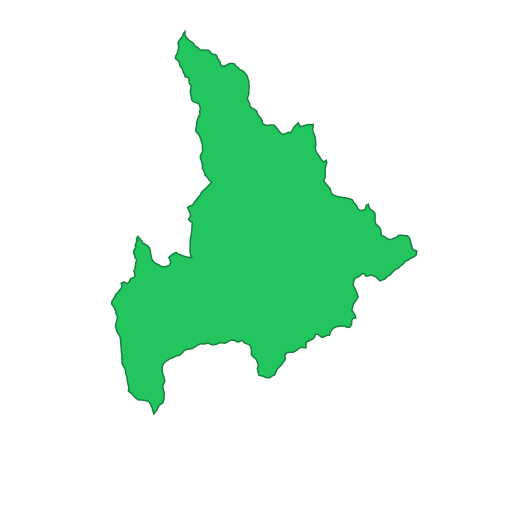 Santo Antônio do Monte, Minas Gerais, Brazil, rotated 21°
{"feature_id": "56859067B70923640932265", "entity_name": "Santo Antônio do Monte", "entity_type": "district", "adm_level": 2, "iso_a3": "BRA", "parent_name": "Brazil", "parent_adm1": "Minas Gerais", "projection": "natural_earth1", "projection_center": [-45.306, -20.094], "detail": "fine", "context": "isolated", "style": "filled", "palette": "green", "viewbox_px": 512, "rotation_deg": 21, "n_neighbors": 0, "source": "geoboundaries", "source_scale": "gbopen_adm2", "svg_char_len": 6124}
<svg xmlns="http://www.w3.org/2000/svg" viewBox="0 0 512 512"><g transform="rotate(21 256 256)"><path d="M262.2,112.6L260.4,113.8L258.4,114.2L256.0,115.7L253.3,117.9L250.7,119.3L247.8,116.5L246.5,119.1L245.4,121.3L245.0,123.8L244.8,126.0L244.1,128.7L241.9,128.8L240.0,131.1L237.3,132.9L234.5,132.2L232.1,130.7L228.6,128.7L226.0,127.3L223.2,128.2L220.2,129.9L217.1,130.5L214.4,129.8L213.1,127.2L211.2,125.7L208.5,124.3L206.0,122.6L204.7,120.5L200.7,119.4L198.4,119.3L196.7,118.2L195.3,115.8L193.3,114.1L191.2,111.6L191.4,108.7L190.9,106.3L190.1,104.3L189.3,102.1L188.7,99.6L187.4,97.6L186.7,95.4L185.1,93.8L183.7,91.6L181.0,89.6L178.7,88.5L176.6,87.8L173.8,87.7L171.8,86.6L169.4,86.0L167.0,84.4L164.2,84.8L161.4,86.6L159.9,88.7L157.3,91.0L154.4,90.1L153.0,87.7L150.4,86.0L148.4,84.3L146.9,82.7L145.0,82.6L142.8,83.3L140.6,82.2L138.0,81.0L134.4,81.9L131.9,83.4L129.8,83.5L127.1,82.3L123.2,81.5L121.2,79.8L118.2,79.1L115.4,78.3L113.2,77.0L110.7,75.5L109.2,72.0L108.4,74.9L108.9,77.2L107.9,79.5L107.1,82.2L106.7,84.9L108.2,86.9L109.3,89.8L109.6,92.7L109.8,95.3L109.4,98.1L110.0,100.6L112.9,101.3L115.1,102.9L116.8,105.6L119.4,107.3L121.0,108.5L122.2,110.5L124.3,112.2L125.6,114.0L127.6,113.7L129.6,113.9L130.6,116.3L132.2,119.1L134.5,120.2L135.2,123.7L136.0,126.8L137.6,129.1L138.8,130.9L139.9,133.2L142.4,134.5L144.8,134.3L147.9,134.3L150.1,136.5L151.5,138.8L151.4,141.2L152.8,143.1L152.7,145.4L152.4,148.1L152.6,151.8L153.6,154.6L154.1,157.4L154.9,160.8L157.2,162.2L160.2,164.0L162.4,166.5L164.0,168.5L165.7,170.8L168.0,175.6L168.7,178.2L168.3,180.7L168.3,183.4L170.2,185.9L172.4,188.7L173.8,191.0L174.5,193.3L176.6,195.1L178.5,196.9L179.5,198.9L181.5,199.4L185.3,202.0L188.1,203.1L186.9,206.2L185.3,209.8L182.3,216.1L182.2,219.2L181.3,221.3L180.6,223.7L179.4,227.2L178.5,231.3L176.1,233.2L174.8,235.2L177.1,237.6L179.0,239.2L180.6,242.6L179.9,245.9L181.8,247.0L184.5,247.6L185.3,250.2L186.4,253.6L187.3,256.8L188.1,260.0L188.6,263.7L189.4,266.2L190.4,268.7L191.4,271.8L193.2,276.3L194.9,278.9L196.6,280.5L193.7,281.4L191.0,281.9L187.5,282.0L184.8,282.0L182.7,282.1L180.2,281.2L178.5,283.0L176.6,285.7L175.1,288.6L176.9,290.3L178.7,292.7L178.4,296.1L176.0,297.8L174.2,299.0L171.9,299.8L168.7,299.1L166.0,298.9L163.8,298.7L161.7,297.6L159.6,296.0L158.2,293.6L156.8,291.6L155.5,289.1L153.4,286.4L150.5,285.2L148.0,284.7L145.8,284.6L143.6,282.7L141.0,281.4L138.7,280.0L138.1,282.6L139.5,284.7L139.4,287.3L139.6,289.9L141.0,291.3L140.1,293.8L140.3,296.6L142.2,298.6L143.7,300.7L145.9,302.4L146.3,306.0L147.2,309.2L147.6,311.6L147.3,313.8L149.1,315.8L150.4,318.5L149.2,320.4L147.0,322.1L147.1,325.3L145.3,328.3L142.2,327.4L139.9,329.8L141.7,332.2L141.7,334.7L140.7,336.9L140.0,339.9L138.8,342.2L138.7,344.7L138.3,347.5L137.7,350.8L138.9,353.1L140.7,354.1L143.2,355.9L145.0,358.0L146.0,360.2L148.1,361.6L149.0,364.9L149.4,368.8L149.9,371.8L151.5,373.8L152.9,376.0L154.6,377.5L156.9,378.9L158.9,381.4L160.3,384.3L161.7,387.4L163.5,390.9L164.5,393.4L165.8,395.6L166.9,398.7L168.4,401.0L169.1,403.6L170.4,405.2L172.5,406.9L175.0,409.3L176.5,412.2L178.9,415.3L181.0,419.3L182.7,421.9L184.6,424.5L185.2,427.6L187.4,428.5L189.3,429.0L191.4,430.1L193.6,431.3L197.7,432.5L200.1,431.6L204.8,430.5L207.8,430.4L210.1,431.6L211.5,433.1L213.2,434.7L215.1,437.3L217.2,440.0L218.2,436.8L218.8,433.4L219.2,429.9L220.5,428.1L221.6,426.3L221.4,422.6L220.4,419.5L219.4,416.6L217.1,413.6L215.4,410.5L215.8,407.7L215.6,405.2L214.2,403.2L212.9,401.3L211.1,399.4L209.7,396.7L208.2,393.6L208.1,389.5L209.8,386.4L212.7,382.5L214.8,380.8L216.3,379.1L217.6,377.4L219.9,376.4L221.3,374.1L222.2,372.1L223.0,369.8L224.6,368.2L226.5,367.2L228.4,366.0L230.0,364.9L231.8,362.3L234.2,359.3L236.4,357.4L238.9,356.9L240.8,355.6L242.4,354.3L245.0,354.7L247.0,354.6L249.0,353.6L250.7,352.4L253.0,350.2L255.9,349.1L258.1,348.6L260.7,346.1L262.3,343.7L264.2,343.0L266.2,342.3L268.5,343.0L270.8,342.4L272.4,340.3L274.3,339.9L275.9,341.2L278.6,341.2L282.0,341.3L284.2,343.4L285.3,345.3L286.2,347.5L287.0,349.7L288.8,350.7L291.4,351.7L293.3,352.5L294.9,354.3L297.4,357.0L297.7,360.7L299.7,363.6L301.2,366.1L303.7,366.0L305.6,365.7L308.2,365.9L310.4,365.5L312.6,364.6L314.1,362.1L316.0,360.3L316.2,354.0L317.8,350.7L318.9,348.0L319.2,345.7L320.2,343.6L320.2,341.3L318.5,338.7L319.3,335.5L322.1,333.7L325.2,332.5L327.0,330.8L328.1,328.6L329.2,326.8L330.7,325.2L332.7,324.6L335.5,323.9L334.4,320.6L334.0,318.0L335.8,316.6L337.0,314.8L338.9,313.1L339.8,310.5L339.5,307.8L342.2,306.9L345.2,308.0L347.4,308.1L349.1,306.3L351.0,304.5L353.1,303.5L352.7,300.4L353.4,297.3L354.4,295.2L356.3,293.3L359.3,291.5L361.6,290.5L363.9,289.8L365.8,290.0L368.8,289.2L369.8,285.6L368.6,282.5L368.7,279.8L371.3,278.0L370.0,276.1L368.4,274.9L366.8,273.4L364.9,272.5L364.5,269.1L364.1,266.1L364.9,263.1L365.6,260.1L366.1,257.9L364.1,255.1L362.1,253.1L359.9,250.8L357.7,249.2L356.8,247.2L356.2,243.7L356.5,241.3L358.1,239.7L359.4,238.1L360.6,236.3L361.7,234.2L363.8,233.9L365.7,235.4L367.7,234.5L369.9,232.6L372.9,232.4L375.9,232.7L378.6,234.0L380.7,234.8L384.8,231.0L385.8,228.0L387.9,225.7L389.5,221.7L391.1,218.4L393.1,216.6L394.4,213.6L396.4,210.4L397.3,207.2L399.2,205.7L401.0,203.1L402.7,201.2L404.2,199.4L405.3,197.4L404.1,193.6L401.3,194.0L398.9,192.6L397.5,190.3L396.0,188.6L394.2,185.8L392.4,183.9L390.1,182.9L386.6,184.0L383.8,184.5L381.7,185.6L380.8,187.9L378.5,189.9L375.8,192.5L372.9,192.9L370.5,192.3L368.1,191.8L365.5,191.8L364.3,189.1L362.8,186.7L361.0,185.0L358.7,184.0L356.7,183.5L354.9,181.2L353.9,179.0L353.0,176.2L351.7,173.5L349.7,172.2L345.7,171.4L343.7,169.4L342.2,167.3L340.8,169.6L341.3,173.2L339.4,175.0L337.7,175.9L335.6,176.1L333.8,174.9L331.8,173.1L330.1,171.9L328.2,171.3L325.9,169.1L322.3,169.0L317.7,169.9L312.8,170.9L310.7,171.3L308.0,171.5L305.6,171.2L303.8,170.3L302.3,168.4L300.6,166.1L298.2,165.1L295.5,163.5L292.2,161.8L292.3,157.5L291.4,155.1L290.2,152.5L289.1,149.3L288.8,146.5L288.6,143.5L287.3,141.5L285.3,144.1L282.5,142.6L280.1,140.8L278.2,139.5L276.3,138.3L274.3,136.5L272.7,134.2L272.0,131.0L271.0,128.5L269.9,126.2L268.5,123.7L266.8,121.7L264.9,119.9L263.7,118.1L263.1,115.5L262.2,112.6Z" fill="#22c55e" stroke="#15803d" stroke-width="1.5"/></g></svg>